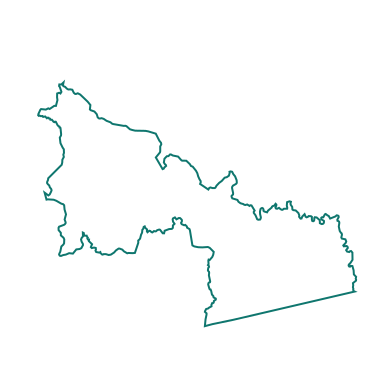 Ferreira Gomes, Amapá, Brazil, rotated 168°
{"feature_id": "56859067B20573807328937", "entity_name": "Ferreira Gomes", "entity_type": "district", "adm_level": 2, "iso_a3": "BRA", "parent_name": "Brazil", "parent_adm1": "Amapá", "projection": "natural_earth1", "projection_center": [-51.388, 0.875], "detail": "fine", "context": "isolated", "style": "outline", "palette": "teal", "viewbox_px": 384, "rotation_deg": 168, "n_neighbors": 0, "source": "geoboundaries", "source_scale": "gbopen_adm2", "svg_char_len": 6005}
<svg xmlns="http://www.w3.org/2000/svg" viewBox="0 0 384 384"><g transform="rotate(168 192 192)"><path d="M97.3,161.9L98.6,162.6L101.1,162.3L102.1,159.0L102.1,156.7L102.4,155.9L105.7,156.5L106.5,156.0L107.6,155.8L108.9,156.7L110.2,158.4L112.3,157.9L113.4,158.5L113.6,159.5L112.4,161.1L112.1,162.2L112.7,163.1L114.3,161.6L116.1,161.4L116.9,160.9L117.3,160.2L121.5,158.0L122.8,156.5L125.4,157.9L126.0,158.8L125.7,159.9L125.9,161.1L126.7,161.8L127.5,161.7L128.5,161.1L129.6,158.7L130.0,156.2L129.9,152.9L130.4,151.7L131.1,150.9L133.0,151.1L133.9,151.8L134.7,156.0L135.9,158.7L135.7,159.8L134.6,160.8L136.6,166.5L137.7,166.9L138.6,166.4L140.6,168.3L142.6,168.2L143.6,168.7L144.3,169.5L146.9,170.9L148.6,172.8L149.2,174.8L153.9,177.4L154.3,179.2L154.0,180.1L152.4,181.0L152.0,182.4L152.0,187.7L151.6,188.7L150.6,189.7L147.4,190.7L146.6,191.2L146.2,192.0L145.9,194.2L146.6,198.4L147.9,200.9L148.5,203.4L149.9,204.1L151.1,204.0L151.2,202.8L152.5,200.3L154.8,199.3L157.1,199.2L160.6,196.6L163.5,195.3L166.7,193.1L168.2,191.4L168.9,191.1L171.2,191.6L173.0,192.6L174.2,192.4L175.5,191.0L182.4,198.2L181.4,199.8L181.3,201.0L182.0,202.8L182.7,206.0L182.9,209.3L183.7,212.0L186.0,216.6L187.6,217.7L188.3,219.7L191.1,223.8L195.2,224.7L196.0,225.6L198.2,229.5L203.2,231.7L204.8,233.1L205.6,233.3L207.6,232.0L209.2,232.2L212.0,230.3L213.4,226.7L212.7,224.8L212.0,224.0L211.9,222.9L214.0,221.7L214.8,220.7L216.0,220.5L220.2,233.3L215.1,237.4L214.6,238.5L213.6,243.2L212.1,245.1L212.1,246.6L213.3,249.0L215.3,256.6L222.2,260.4L224.9,261.5L234.8,263.8L237.6,265.1L239.7,266.3L242.4,270.0L243.3,270.6L245.1,270.9L255.1,274.9L256.0,275.5L257.2,277.1L260.8,279.4L263.2,281.9L265.1,283.0L266.9,283.0L267.8,283.4L268.7,284.6L269.0,287.9L270.7,291.0L274.1,293.1L274.7,294.0L273.3,298.2L275.3,302.1L281.1,310.6L283.2,312.3L285.2,312.0L286.0,312.3L287.0,313.6L287.8,316.9L289.7,317.7L291.7,318.0L292.9,319.1L294.3,321.3L295.7,322.2L296.1,323.1L294.9,325.9L297.5,324.3L299.4,324.8L300.0,323.3L299.5,322.2L298.9,317.1L300.2,315.7L301.3,316.7L303.4,316.4L304.3,312.7L304.5,309.9L307.2,304.5L308.8,304.9L314.0,302.8L315.2,303.7L317.8,303.0L322.4,304.5L323.2,304.0L326.0,300.3L326.5,299.0L326.0,298.3L325.3,298.5L324.1,297.6L322.4,297.4L322.0,296.4L319.9,296.4L318.6,294.3L317.8,294.7L316.9,294.5L316.6,293.6L315.6,293.2L315.5,292.1L314.0,291.8L312.8,289.4L312.0,288.9L311.3,289.3L310.6,289.0L309.6,285.3L309.0,284.3L308.0,283.5L308.2,282.6L307.4,282.1L307.4,281.2L308.0,275.7L308.4,274.5L310.0,272.7L310.5,267.1L309.3,262.3L308.5,260.4L309.1,256.9L310.1,255.2L310.1,252.9L312.1,250.5L312.8,247.8L313.8,245.7L329.8,235.3L330.3,233.8L331.5,232.1L331.9,231.0L331.4,229.6L330.3,228.1L330.1,226.2L329.1,224.2L329.0,222.9L329.7,221.7L331.7,219.2L333.2,218.5L336.3,222.0L335.9,214.8L334.6,214.8L328.9,213.2L326.5,211.6L322.3,207.8L320.5,206.8L319.8,205.6L320.3,201.4L319.9,196.3L322.3,191.6L321.9,188.6L322.2,187.7L323.1,186.9L324.0,186.5L329.2,185.7L330.0,184.7L330.4,182.4L328.8,179.4L329.3,176.8L327.2,174.0L326.8,172.2L327.8,168.4L328.8,167.3L331.1,165.9L333.3,160.9L334.6,159.3L335.0,158.4L334.6,157.2L333.5,156.7L331.0,157.1L328.4,157.0L324.9,157.7L321.3,156.5L317.1,159.9L313.8,159.6L311.9,160.1L309.7,162.7L309.5,163.8L310.3,166.4L310.4,168.6L309.5,170.0L307.9,171.2L307.2,175.0L306.4,174.4L306.5,171.7L304.1,171.2L304.0,170.1L303.4,169.0L304.0,168.3L303.7,167.2L302.6,166.9L303.1,165.4L300.6,161.7L302.4,159.1L301.7,158.0L299.4,158.0L297.8,157.3L297.9,155.8L298.6,154.7L298.2,153.2L295.3,152.0L294.2,152.3L294.2,151.4L293.0,149.6L292.3,149.3L291.4,149.6L289.1,149.1L286.6,147.7L284.4,147.6L280.8,149.0L278.5,150.7L275.6,151.9L274.6,151.7L272.1,150.1L271.0,148.2L268.1,145.5L266.9,145.6L262.7,144.5L260.5,144.3L255.1,153.5L254.7,155.7L253.0,156.7L252.3,157.5L250.7,160.8L249.3,162.6L248.4,165.4L247.3,166.2L246.5,167.9L245.4,168.2L245.2,166.7L243.8,164.8L244.3,162.9L243.9,161.9L241.9,163.0L241.0,162.6L239.9,161.1L239.1,160.7L237.3,161.7L236.2,161.1L235.2,161.1L234.0,161.9L231.9,162.1L231.1,161.7L229.2,157.7L227.9,157.4L226.8,159.8L222.1,160.5L219.4,160.1L218.2,160.9L217.6,163.3L215.7,164.5L216.7,166.9L216.6,169.3L216.1,170.1L214.0,170.7L212.9,168.5L210.2,169.3L209.0,168.9L207.8,167.0L207.8,166.0L208.2,165.0L209.0,164.3L209.1,163.5L208.7,162.6L206.6,161.1L205.4,161.2L204.2,159.4L204.2,158.1L202.2,156.3L202.0,155.0L202.7,139.7L201.1,138.3L197.4,136.7L193.5,135.7L187.9,134.9L186.3,133.7L183.2,128.9L184.3,126.2L185.7,124.2L188.9,121.8L189.8,122.4L190.3,121.5L190.8,118.0L191.6,117.2L190.9,116.2L190.9,115.2L191.9,114.3L192.7,112.2L192.5,111.2L192.0,110.5L192.0,109.4L192.8,107.0L192.8,100.8L193.2,100.0L194.0,100.0L194.9,99.4L195.4,98.1L195.1,94.0L194.9,93.1L194.1,92.8L193.8,91.2L193.8,87.5L192.8,85.9L192.8,84.4L190.9,82.8L191.1,81.8L193.2,80.9L193.8,79.3L194.7,78.9L195.4,79.1L196.5,77.5L196.7,76.1L199.5,75.3L200.5,74.7L202.5,74.6L203.9,72.9L204.3,72.1L203.0,70.3L203.3,69.0L205.2,64.7L207.3,58.1L199.5,58.5L178.4,58.4L53.6,60.8L54.5,61.5L54.7,62.8L54.3,63.6L54.4,65.4L53.7,67.2L53.5,69.4L50.0,71.2L49.7,72.2L49.9,73.1L49.1,74.9L50.8,77.7L50.2,81.8L50.5,86.2L52.2,86.8L53.0,86.1L53.8,86.5L54.1,87.4L53.7,88.4L51.7,89.7L49.1,92.3L47.7,99.4L48.7,101.2L49.8,101.2L50.7,100.6L52.7,101.5L53.3,103.1L51.2,104.9L51.2,105.9L51.9,107.0L54.8,107.3L55.1,108.3L52.2,110.3L51.4,111.6L51.8,113.8L55.1,115.3L55.4,116.5L54.2,119.0L54.2,120.4L54.9,121.3L55.6,123.2L55.6,127.7L54.3,131.2L54.3,132.3L54.7,133.0L55.7,133.6L55.6,134.7L53.7,137.0L53.7,138.1L54.3,138.7L55.4,139.1L56.7,138.3L62.4,137.3L63.3,140.2L64.2,140.8L65.8,142.7L66.7,142.5L68.8,140.0L70.0,140.3L70.9,139.9L71.1,138.9L70.7,137.9L69.0,136.4L69.1,135.2L69.8,134.0L70.7,133.6L71.9,133.7L73.4,134.9L72.9,137.9L75.4,141.2L77.2,141.8L77.7,141.3L78.3,139.1L78.8,138.4L79.6,138.2L80.4,138.7L80.5,140.0L79.9,142.8L80.7,143.6L82.9,144.2L84.0,143.5L85.2,143.4L86.0,144.2L86.5,146.9L89.2,145.1L90.4,143.3L91.4,143.4L92.4,145.5L91.9,146.8L92.3,149.3L94.4,152.4L96.7,153.2L97.4,154.0L97.1,156.7L98.1,159.0L98.1,160.1L97.3,161.9Z" fill="none" stroke="#0f766e" stroke-width="2"/></g></svg>